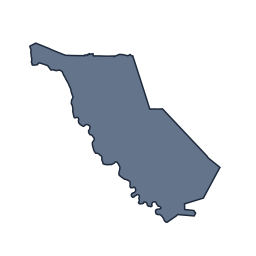 the district of Piedras Negras, Coahuila, Mexico, rotated 170°
{"feature_id": "50627088B9984544896991", "entity_name": "Piedras Negras", "entity_type": "district", "adm_level": 2, "iso_a3": "MEX", "parent_name": "Mexico", "parent_adm1": "Coahuila", "projection": "albers", "projection_center": [-100.532, 28.774], "detail": "fine", "context": "isolated", "style": "filled", "palette": "slate", "viewbox_px": 256, "rotation_deg": 170, "n_neighbors": 0, "source": "geoboundaries", "source_scale": "gbopen_adm2", "svg_char_len": 5739}
<svg xmlns="http://www.w3.org/2000/svg" viewBox="0 0 256 256"><g transform="rotate(170 128 128)"><path d="M128.6,201.2L136.3,202.4L142.0,203.6L142.3,203.7L149.5,205.0L149.7,206.3L149.5,207.1L151.6,207.3L152.1,207.4L152.1,207.2L152.6,207.3L152.9,207.6L153.1,207.4L153.2,207.5L153.3,207.7L153.4,207.9L153.9,207.6L154.6,207.1L155.1,206.6L155.4,207.2L155.5,207.1L156.3,207.2L157.1,207.3L157.5,207.2L158.2,207.3L158.2,206.7L158.8,206.8L159.2,206.9L159.4,207.0L160.6,207.2L161.2,207.3L161.5,207.4L162.7,207.6L162.9,207.6L166.4,208.3L170.5,209.1L174.3,209.9L176.8,210.4L181.6,213.3L182.0,213.6L182.6,213.9L183.9,214.7L189.6,218.3L191.8,219.9L197.7,223.6L201.2,225.8L204.2,227.6L210.5,225.6L210.5,225.3L210.2,223.4L210.0,221.5L210.0,221.1L210.5,219.8L210.6,219.4L210.6,219.0L210.8,214.7L210.8,213.4L210.9,212.4L211.0,211.6L211.1,211.2L211.5,210.2L211.6,209.7L211.7,209.1L211.6,208.9L211.3,208.5L211.2,208.2L211.3,207.9L211.5,207.7L211.4,207.1L211.3,206.7L211.0,206.5L210.7,206.4L210.2,206.3L209.2,206.2L208.0,206.1L206.5,206.1L206.2,206.1L205.1,207.2L204.4,207.4L203.7,207.4L203.3,207.2L200.4,205.7L199.3,205.1L197.1,203.9L196.5,203.5L196.1,203.0L195.7,202.3L195.3,201.5L194.8,200.4L194.5,199.8L194.1,198.9L193.9,198.6L193.7,198.4L193.1,198.4L192.7,198.4L192.2,198.5L191.9,198.5L191.6,198.4L191.1,198.0L188.7,196.9L188.1,196.9L187.3,197.1L186.8,197.1L185.8,196.9L184.9,196.6L184.1,196.1L183.5,195.4L183.0,194.8L182.9,194.7L182.8,194.2L182.7,194.0L182.6,193.2L182.3,191.7L181.0,188.1L180.8,187.3L180.2,185.4L179.7,184.1L179.4,183.2L179.0,182.0L178.8,181.5L178.7,180.7L178.6,179.9L178.4,179.2L178.2,178.5L177.8,177.1L177.7,176.5L177.7,176.1L177.6,174.3L177.6,173.8L177.5,172.5L177.4,171.9L177.2,170.4L176.9,168.7L176.8,168.1L176.8,167.7L177.0,167.4L177.7,166.5L177.9,166.2L178.4,165.6L178.6,165.2L178.9,164.6L179.6,161.9L179.6,161.6L179.5,161.3L179.1,160.5L179.0,159.8L178.9,158.6L178.9,157.8L179.0,156.6L179.1,155.6L179.4,154.5L179.5,153.8L179.5,152.7L179.4,151.9L179.4,150.4L179.4,149.7L179.3,148.7L179.2,147.9L179.0,147.4L178.5,147.2L177.9,147.2L177.4,147.3L177.0,147.3L176.7,147.4L176.2,147.3L175.7,147.0L175.5,146.8L175.2,146.3L175.0,145.7L175.0,145.2L175.2,144.8L175.4,144.3L175.6,143.7L175.6,142.2L175.5,141.4L175.0,140.6L174.4,139.7L173.5,138.9L172.5,138.0L172.1,137.6L171.7,137.4L171.4,137.4L171.0,137.5L170.3,137.8L169.6,138.3L168.8,138.6L168.3,138.7L167.9,138.6L166.9,138.1L166.0,137.3L165.6,136.9L165.3,136.1L165.4,135.2L165.9,133.8L166.2,133.2L166.8,132.7L167.3,132.1L167.5,131.0L167.4,130.0L167.1,129.0L166.6,128.1L166.3,127.9L165.5,127.6L165.1,127.5L164.7,127.0L164.1,125.9L163.7,125.0L163.3,124.2L163.1,123.5L163.2,122.9L163.3,122.4L163.6,121.9L164.0,121.4L164.5,121.0L164.9,120.7L165.3,120.3L165.6,119.8L165.8,119.2L165.9,118.1L166.0,117.2L166.0,116.4L165.7,113.9L165.6,112.8L165.4,111.6L165.2,110.9L164.9,110.4L164.7,109.5L164.3,108.8L164.1,108.7L163.4,108.6L162.8,108.5L162.0,108.1L161.2,107.5L160.8,107.0L160.3,106.2L159.7,105.6L159.1,105.0L159.0,104.7L158.9,104.4L158.9,103.7L158.9,103.0L158.9,102.7L159.2,102.1L159.3,101.3L159.2,100.7L159.1,100.0L158.9,99.3L158.7,98.7L158.8,98.3L158.8,97.5L158.7,97.2L158.2,96.7L157.7,96.4L156.4,96.0L155.3,95.5L154.7,95.5L154.2,95.4L153.2,95.3L150.8,94.9L150.3,95.0L149.3,95.3L148.7,95.4L148.1,95.6L147.7,95.8L147.2,96.1L146.7,96.6L146.2,96.8L145.8,96.7L145.2,96.4L144.6,96.0L144.2,95.3L143.8,94.4L143.5,93.5L143.2,92.6L143.0,91.9L142.9,91.5L142.8,91.0L142.9,90.4L143.1,89.5L143.9,87.3L144.4,86.3L144.8,84.9L145.0,83.7L144.9,83.2L144.6,82.7L142.2,80.0L141.6,79.4L140.3,78.2L140.1,78.1L139.9,78.1L139.2,77.8L138.0,77.1L136.6,76.1L136.1,75.6L135.4,74.4L135.3,74.1L135.3,73.8L135.4,73.3L135.6,72.9L135.7,72.5L135.7,72.0L135.8,71.5L136.0,70.9L136.1,70.6L136.1,69.9L136.0,69.1L135.8,68.8L135.1,68.5L134.1,68.4L133.6,68.4L133.2,68.5L132.9,68.7L132.7,68.7L132.4,68.7L132.2,68.6L131.8,68.3L131.5,67.7L131.3,67.5L131.2,66.9L131.2,66.5L131.2,66.1L131.2,65.5L131.3,65.1L131.4,64.8L131.8,64.4L132.3,63.8L133.0,63.4L133.9,63.2L134.8,63.1L135.3,62.9L135.8,62.5L136.3,61.9L136.4,61.3L136.4,60.6L136.2,60.0L135.9,59.5L135.5,59.0L135.1,58.9L134.5,59.0L134.0,59.1L133.6,59.4L133.2,59.8L132.8,59.9L132.1,60.1L131.7,60.3L131.1,60.7L130.5,60.8L129.9,60.7L129.5,60.5L129.0,60.0L128.7,59.3L128.7,58.9L128.9,58.2L129.1,57.7L129.4,57.3L129.5,57.0L129.5,56.7L129.5,56.3L129.4,55.5L129.4,54.8L129.6,54.3L129.7,54.0L130.4,53.1L130.6,52.8L130.6,52.5L130.5,52.1L130.3,51.7L130.0,51.5L129.6,51.3L128.9,51.1L128.3,51.1L127.6,51.0L126.9,51.0L126.2,51.2L125.9,51.2L125.7,51.4L125.6,51.5L125.6,51.9L125.6,52.0L125.4,52.2L125.2,52.3L124.5,52.2L123.9,52.0L123.2,51.6L122.6,50.9L122.5,50.6L122.4,50.2L122.4,49.7L122.4,49.0L122.2,48.3L121.7,47.7L121.3,47.4L120.8,47.3L120.3,47.1L120.0,46.9L119.6,46.7L119.1,46.6L118.5,46.7L118.2,46.8L118.0,47.0L117.8,47.3L117.8,48.0L118.0,48.5L117.9,48.9L117.4,49.7L116.8,50.4L116.3,50.7L115.8,50.8L114.5,50.6L113.8,50.4L113.5,50.1L113.3,49.2L112.9,47.9L111.9,45.9L111.7,45.7L110.7,45.4L110.2,45.0L109.8,44.5L109.5,44.0L109.4,43.6L109.5,43.4L109.7,43.2L110.0,43.0L110.6,42.8L110.9,42.8L112.3,42.8L112.9,42.9L113.7,42.9L114.1,42.8L114.4,42.7L114.8,42.3L115.2,41.8L115.3,41.4L115.4,40.9L115.4,40.3L115.4,39.2L115.1,38.6L114.6,38.1L113.9,37.7L113.0,37.4L112.1,37.3L111.8,37.2L111.4,36.9L111.0,36.6L110.2,35.6L109.8,35.0L109.0,33.4L108.9,33.1L108.6,32.3L108.2,30.3L108.0,30.0L107.3,29.3L107.2,29.2L107.2,28.9L105.8,28.4L95.8,33.0L94.0,34.1L78.1,29.9L76.2,32.4L77.5,35.3L86.3,37.9L85.5,43.5L65.9,45.9L64.3,48.0L49.0,67.4L44.3,73.2L54.3,84.7L55.2,86.8L72.7,113.4L90.7,140.8L95.7,141.5L96.6,141.6L97.8,142.0L103.3,142.9L104.6,152.9L107.2,172.0L110.8,198.2L112.0,198.4L113.0,199.9L115.7,199.2L120.5,201.2L123.5,202.0L128.8,200.9L128.6,201.2Z" fill="#64748b" stroke="#1e293b" stroke-width="1.5"/></g></svg>